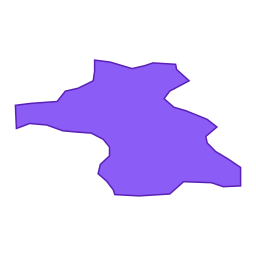 outline of Essunga, Västra Götaland, Sweden
{"feature_id": "70781695B52360167495619", "entity_name": "Essunga", "entity_type": "district", "adm_level": 2, "iso_a3": "SWE", "parent_name": "Sweden", "parent_adm1": "Västra Götaland", "projection": "natural_earth1", "projection_center": [12.777, 58.206], "detail": "fine", "context": "isolated", "style": "filled", "palette": "violet", "viewbox_px": 256, "rotation_deg": 0, "n_neighbors": 0, "source": "geoboundaries", "source_scale": "gbopen_adm2", "svg_char_len": 678}
<svg xmlns="http://www.w3.org/2000/svg" viewBox="0 0 256 256"><path d="M114.8,194.6L139.1,195.9L169.7,194.0L183.6,181.7L211.4,182.7L223.3,186.7L240.6,185.9L240.6,167.5L228.1,159.0L215.6,151.5L207.2,143.0L205.8,136.4L216.9,127.0L207.2,119.4L186.3,110.9L173.8,107.2L164.1,98.7L169.7,91.1L189.1,80.8L176.6,69.5L175.6,64.3L153.0,62.9L144.6,65.7L132.1,68.6L109.9,62.0L94.6,60.1L94.6,71.4L93.2,80.8L77.9,88.3L65.4,91.1L57.1,101.5L30.7,103.4L15.5,105.3L15.4,105.3L16.4,128.5L29.7,123.5L46.8,125.0L62.8,130.8L75.9,132.0L91.2,133.1L103.2,139.3L109.5,147.0L109.5,155.9L100.3,164.4L98.1,173.7L106.6,181.1L113.4,190.0L114.8,194.6Z" fill="#8b5cf6" stroke="#5b21b6" stroke-width="1.5"/></svg>